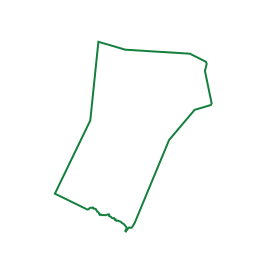 Niefang, Centro Sur, Equatorial Guinea (Albers equal-area conic projection), rotated 206°
{"feature_id": "11065452B28626668585382", "entity_name": "Niefang", "entity_type": "district", "adm_level": 2, "iso_a3": "GNQ", "parent_name": "Equatorial Guinea", "parent_adm1": "Centro Sur", "projection": "albers", "projection_center": [10.119, 1.88], "detail": "fine", "context": "isolated", "style": "outline", "palette": "green", "viewbox_px": 256, "rotation_deg": 206, "n_neighbors": 0, "source": "geoboundaries", "source_scale": "gbopen_adm2", "svg_char_len": 1471}
<svg xmlns="http://www.w3.org/2000/svg" viewBox="0 0 256 256"><g transform="rotate(206 128 128)"><path d="M192.4,192.5L165.2,118.2L165.1,86.5L165.1,86.3L164.9,36.9L128.8,36.9L128.2,37.3L127.8,37.7L127.7,38.0L127.6,38.5L127.5,38.8L127.4,39.0L127.0,39.6L126.8,39.9L126.1,40.2L125.6,40.4L125.2,40.8L124.9,41.0L124.6,41.2L124.3,41.0L124.2,40.6L123.8,40.4L123.4,40.6L122.8,40.8L121.6,41.1L121.2,40.9L120.9,40.5L120.4,40.3L119.6,39.9L119.1,39.4L118.6,39.3L118.1,39.4L117.5,39.3L116.7,38.6L116.5,38.3L115.9,38.1L115.7,37.8L115.2,37.5L114.7,38.0L114.4,38.4L113.8,38.3L113.2,38.2L112.8,38.4L112.4,38.8L109.7,39.9L109.4,40.3L108.8,40.9L108.5,41.3L107.9,41.6L107.5,41.6L107.1,42.0L106.9,41.8L106.9,41.4L106.8,41.0L106.4,40.6L105.8,40.5L105.2,40.7L104.6,40.7L104.0,40.5L103.6,40.3L103.0,40.1L102.5,40.1L102.0,40.3L101.1,40.8L100.9,40.5L100.3,40.5L99.8,40.5L99.9,40.3L99.9,40.1L99.6,39.8L99.3,39.9L98.9,39.9L98.7,39.7L98.1,39.5L97.6,39.5L97.1,40.1L96.1,40.4L95.2,40.4L94.4,40.5L93.5,40.5L92.5,40.3L91.7,39.9L90.6,39.9L89.1,39.7L87.9,39.0L86.9,38.5L86.0,38.2L85.4,37.7L85.3,36.8L85.3,36.0L85.4,35.0L85.2,34.2L84.8,34.1L84.5,34.1L84.5,34.4L84.5,35.2L84.3,35.8L84.2,36.3L83.9,37.5L83.7,38.2L83.6,38.8L82.7,39.4L82.0,39.4L81.6,39.6L81.2,39.9L80.9,40.2L80.8,40.7L80.4,45.9L83.0,88.5L85.8,135.3L76.1,173.5L63.6,185.0L63.6,186.1L63.6,186.8L69.5,194.4L83.9,213.1L85.4,220.1L86.9,221.7L105.0,221.9L145.6,205.1L164.8,197.2L192.4,192.5Z" fill="none" stroke="#15803d" stroke-width="2"/></g></svg>